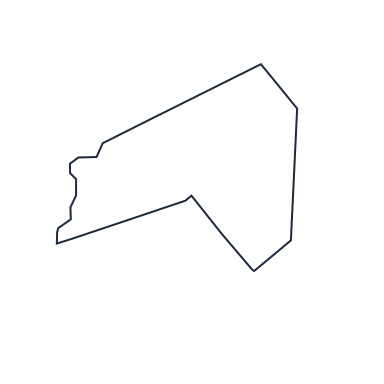 the district of Moniteau, Missouri, United States of America, rotated 229°
{"feature_id": "52423323B12079840078739", "entity_name": "Moniteau", "entity_type": "district", "adm_level": 2, "iso_a3": "USA", "parent_name": "United States of America", "parent_adm1": "Missouri", "projection": "natural_earth1", "projection_center": [-92.537, 38.675], "detail": "fine", "context": "isolated", "style": "outline", "palette": "slate", "viewbox_px": 384, "rotation_deg": 229, "n_neighbors": 0, "source": "geoboundaries", "source_scale": "gbopen_adm2", "svg_char_len": 469}
<svg xmlns="http://www.w3.org/2000/svg" viewBox="0 0 384 384"><g transform="rotate(229 192 192)"><path d="M186.0,326.1L227.1,327.4L243.3,327.8L271.6,218.3L271.7,218.1L287.4,156.7L281.0,142.9L292.6,128.9L293.4,118.5L286.3,112.4L277.7,112.9L265.4,102.2L260.2,90.2L250.9,82.6L252.5,67.5L250.3,64.0L241.8,56.2L235.4,70.8L189.8,181.3L189.7,184.8L189.6,189.2L141.4,187.0L94.1,186.5L91.6,187.0L90.6,234.9L186.0,326.1Z" fill="none" stroke="#1e293b" stroke-width="2"/></g></svg>